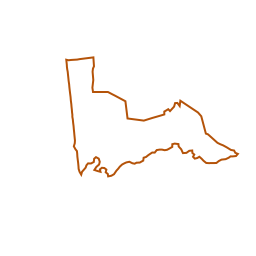 outline of Torres, Rio Grande do Sul, Brazil, rotated 139°
{"feature_id": "56859067B2834526967114", "entity_name": "Torres", "entity_type": "district", "adm_level": 2, "iso_a3": "BRA", "parent_name": "Brazil", "parent_adm1": "Rio Grande do Sul", "projection": "albers", "projection_center": [-49.804, -29.33], "detail": "fine", "context": "isolated", "style": "outline", "palette": "amber", "viewbox_px": 256, "rotation_deg": 139, "n_neighbors": 0, "source": "geoboundaries", "source_scale": "gbopen_adm2", "svg_char_len": 1993}
<svg xmlns="http://www.w3.org/2000/svg" viewBox="0 0 256 256"><g transform="rotate(139 128 128)"><path d="M137.9,93.4L135.7,95.3L133.4,94.3L130.5,94.2L128.0,93.9L125.8,93.6L124.0,91.9L120.8,92.5L118.4,91.0L116.6,89.5L114.9,87.2L112.8,85.9L110.6,85.4L107.0,84.7L105.2,86.7L103.0,85.6L100.5,82.8L101.9,80.8L101.8,77.0L103.0,73.0L100.2,70.9L96.7,70.6L94.3,68.9L95.8,66.9L95.4,64.5L97.8,63.6L97.7,61.1L95.4,59.9L93.0,59.5L92.6,56.5L92.5,53.7L91.9,50.3L90.0,48.4L88.0,46.8L86.2,45.2L84.2,43.6L81.2,43.5L78.2,42.8L74.7,40.4L71.5,39.5L69.2,39.3L67.5,37.8L64.9,36.0L62.1,36.4L63.3,38.9L62.7,41.4L64.7,43.9L66.2,48.7L67.6,52.5L69.0,55.2L70.2,58.1L71.8,70.8L72.9,72.7L65.0,88.8L65.0,93.8L70.6,114.2L74.6,110.7L74.3,114.5L76.1,115.9L79.2,113.9L85.2,113.2L85.3,115.8L87.8,116.2L89.8,116.6L91.7,114.4L97.0,116.8L103.0,119.6L111.2,123.2L122.1,135.5L112.4,149.9L116.7,161.2L117.6,163.4L119.5,168.3L130.8,178.1L128.4,181.8L122.7,187.0L117.8,193.7L115.5,195.8L113.2,196.9L107.8,204.0L119.3,211.7L121.5,213.0L126.2,216.6L128.5,218.2L129.8,220.0L132.6,216.0L134.0,214.2L135.4,212.1L136.6,210.0L138.1,207.9L140.4,204.6L141.9,202.5L143.7,199.7L145.3,197.5L146.9,195.2L149.0,192.1L151.0,189.1L153.2,186.1L155.2,183.1L156.6,181.2L158.4,178.6L159.9,176.6L161.3,174.5L162.7,172.9L164.0,170.7L166.0,167.9L167.8,165.2L169.7,162.6L171.3,160.3L172.9,158.1L174.6,155.7L176.3,153.3L178.2,151.4L180.9,149.7L181.6,146.4L181.7,144.1L183.0,142.2L185.0,139.6L187.1,136.5L188.5,134.4L190.5,131.6L192.1,129.5L193.3,126.7L193.9,123.5L191.4,125.1L188.5,125.5L185.9,125.9L183.9,127.1L181.4,127.5L179.2,125.5L176.1,124.8L173.7,127.0L171.3,127.0L170.2,124.1L171.5,121.0L173.8,119.4L177.4,119.4L180.9,118.4L179.2,115.5L177.5,113.0L176.4,115.2L173.8,115.1L172.1,113.3L171.6,110.8L173.9,109.2L173.4,106.6L174.7,104.5L171.9,102.9L168.9,102.3L164.7,103.4L162.0,103.7L159.6,104.2L156.4,104.3L153.8,103.7L151.8,103.1L149.1,101.6L147.8,98.5L146.4,96.7L144.3,96.2L141.8,94.2L137.9,93.4Z" fill="none" stroke="#b45309" stroke-width="2"/></g></svg>